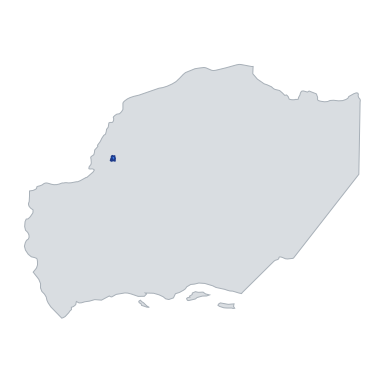 location of Mbeya Urban, Mbeya, United Republic of Tanzania, rotated 91°
{"feature_id": "72390352B25057310038558", "entity_name": "Mbeya Urban", "entity_type": "district", "adm_level": 2, "iso_a3": "TZA", "parent_name": "United Republic of Tanzania", "parent_adm1": "Mbeya", "projection": "equal_earth", "projection_center": [33.492, -8.905], "detail": "fine", "context": "in_parent", "style": "filled", "palette": "blue", "viewbox_px": 384, "rotation_deg": 91, "n_neighbors": 0, "source": "geoboundaries", "source_scale": "gbopen_adm2", "svg_char_len": 5111}
<svg xmlns="http://www.w3.org/2000/svg" viewBox="0 0 384 384"><g transform="rotate(91 192 192)"><path d="M146.9,287.3L143.1,284.6L139.7,283.0L136.9,281.2L135.7,279.5L133.1,278.8L130.8,278.5L128.7,276.9L124.4,276.3L123.9,275.3L123.8,272.9L123.1,272.2L121.5,271.6L119.8,271.6L118.8,272.0L118.2,271.8L116.8,270.4L115.5,268.6L115.0,265.8L113.0,263.9L110.7,262.5L104.4,262.6L103.4,262.2L101.9,260.7L100.1,258.3L98.7,255.6L97.4,251.9L96.1,246.8L88.8,226.8L88.1,223.0L86.7,218.8L84.3,213.7L81.9,209.9L78.5,206.4L74.7,202.9L72.7,200.6L68.7,191.2L67.9,186.7L67.3,182.2L67.6,180.3L70.0,174.4L70.2,172.7L69.9,170.5L68.7,165.8L67.2,160.1L64.1,149.7L63.6,147.1L63.7,145.1L65.5,134.5L65.4,133.1L72.7,133.3L78.0,128.6L82.6,121.7L83.5,118.8L85.4,114.4L87.3,112.2L88.0,110.7L89.0,106.2L91.5,103.2L93.8,100.9L93.3,99.3L93.7,98.7L95.0,97.5L97.5,96.4L98.0,94.1L98.0,91.5L97.6,90.0L97.6,88.3L97.3,87.4L95.6,87.1L93.2,85.8L91.1,85.3L89.7,84.5L89.2,83.9L89.0,82.4L90.1,78.3L89.0,76.7L91.5,69.9L92.0,69.1L92.9,69.0L94.4,68.3L95.7,68.0L96.8,68.2L97.6,68.0L98.4,67.2L99.0,64.9L99.5,61.1L99.2,58.0L98.1,55.6L97.8,52.0L98.3,47.1L98.0,43.0L96.8,39.7L95.6,37.8L93.8,36.9L90.9,31.9L90.0,29.5L90.2,28.0L91.2,27.4L93.0,27.6L94.7,27.0L96.3,25.6L97.9,25.3L98.7,25.5L171.4,25.5L256.2,89.3L256.6,90.0L257.3,95.5L257.1,97.4L255.8,100.6L255.4,102.2L255.4,103.4L255.7,103.8L256.8,104.0L257.8,104.7L258.1,105.3L258.9,107.7L259.8,108.9L291.9,140.2L292.7,140.6L292.2,143.3L290.4,149.6L290.3,152.3L289.5,155.4L288.8,157.4L287.0,166.4L285.4,169.7L283.2,177.6L282.9,183.6L284.0,187.8L284.5,191.7L286.9,195.6L288.9,196.9L290.3,198.7L292.6,202.7L294.0,206.8L298.2,208.7L299.9,213.3L299.3,216.4L297.3,218.9L295.4,223.1L293.9,228.6L293.8,237.0L294.8,235.7L297.1,237.8L297.3,244.0L295.0,251.1L294.2,254.5L294.1,257.4L295.7,266.0L298.3,270.4L298.1,271.7L297.4,272.9L301.7,280.6L301.3,287.4L302.9,292.6L303.6,297.1L304.7,300.6L304.9,303.0L303.5,305.7L306.7,306.3L308.6,308.5L309.4,310.6L311.7,310.5L313.0,311.9L314.8,313.1L318.7,316.6L319.8,318.4L320.4,320.0L309.4,331.1L305.4,333.9L302.6,335.2L299.6,335.9L296.7,337.7L294.0,340.4L290.5,341.8L286.3,341.8L281.9,343.7L274.9,349.4L270.8,346.2L267.7,345.2L264.0,345.3L261.8,345.7L261.0,346.4L260.3,348.3L259.6,351.5L257.2,354.6L253.0,357.5L249.1,358.6L245.6,357.8L243.2,356.6L242.0,354.9L240.1,354.1L237.7,354.3L235.3,355.5L233.1,357.8L229.5,358.7L224.6,358.4L222.0,357.3L221.7,355.4L219.5,353.2L215.6,350.7L212.7,350.6L210.9,353.1L209.2,354.6L207.6,355.2L206.3,355.3L204.3,354.6L198.9,354.4L193.8,354.5L193.2,350.9L192.2,348.8L191.3,347.5L189.5,347.2L189.0,346.2L188.4,344.0L187.6,342.1L186.4,340.5L185.7,339.1L185.5,337.8L185.7,336.3L186.7,332.7L187.1,330.2L187.0,327.6L186.4,325.0L185.2,321.9L185.3,321.0L184.9,318.9L184.9,317.4L185.1,315.6L184.9,313.1L183.8,307.9L183.8,306.6L182.7,304.1L179.3,298.1L179.2,297.3L173.8,291.3L171.7,290.0L170.9,291.1L170.6,292.2L170.8,294.1L170.7,295.1L170.5,295.5L169.2,295.4L168.4,295.2L166.4,293.6L164.8,293.2L160.9,293.5L159.5,293.9L158.4,293.5L156.4,290.8L153.9,290.2L151.7,290.0L148.1,286.9L146.9,287.3ZM298.9,186.8L300.6,193.4L300.4,194.7L299.1,195.4L298.5,195.5L297.7,194.5L297.2,192.2L296.2,192.7L294.6,190.1L293.0,189.9L291.6,186.8L292.2,184.0L291.9,179.2L293.6,176.8L294.6,172.7L295.7,175.5L295.9,179.9L297.4,185.0L298.9,186.8ZM307.5,147.3L307.7,148.9L307.3,150.4L307.4,155.1L307.2,158.2L305.9,162.5L304.8,164.1L303.8,163.6L303.1,162.9L302.4,161.7L303.7,153.8L303.1,148.0L305.6,148.5L307.5,147.3ZM303.6,242.9L302.3,243.3L301.8,242.9L301.1,241.6L302.4,240.5L303.7,238.4L306.7,235.2L308.1,232.7L307.9,235.2L306.2,240.5L304.7,240.9L303.6,242.9Z" fill="#d9dde1" stroke="#a8b0b8" stroke-width="1"/><path d="M161.5,269.5L161.6,269.8L161.5,270.0L161.4,270.1L161.1,270.5L161.0,270.4L160.9,270.3L160.9,270.2L160.7,270.1L160.4,270.0L160.3,269.9L160.2,269.8L160.2,269.7L159.8,269.5L159.8,269.4L159.7,269.4L159.4,269.4L159.3,269.5L159.2,269.6L158.9,269.7L158.7,269.8L158.5,270.0L158.4,270.0L158.2,270.1L157.9,270.0L157.7,270.0L157.6,269.9L157.4,269.9L157.3,270.0L157.3,270.3L157.4,270.6L157.5,270.7L157.5,270.9L157.6,271.1L157.5,271.3L157.4,271.4L157.4,271.6L157.4,271.8L157.3,271.7L157.2,271.8L157.1,272.0L157.1,272.3L157.2,272.5L157.3,272.5L157.5,272.8L157.7,273.0L157.8,273.1L158.0,273.1L158.3,273.0L158.5,272.9L158.8,272.8L158.8,272.7L159.0,272.7L159.1,272.8L159.3,272.8L159.5,272.8L159.5,272.7L159.8,272.6L159.8,272.8L160.0,273.0L160.2,273.3L160.1,273.5L160.3,273.5L160.5,273.6L160.8,273.7L160.9,273.4L160.9,273.2L160.9,272.7L160.8,272.4L161.1,272.5L161.2,272.4L161.3,272.3L161.5,272.5L161.5,272.8L161.4,272.8L161.5,272.9L161.5,273.0L161.5,273.4L161.5,273.6L161.6,273.9L161.7,274.0L161.8,274.0L162.0,274.0L162.1,273.9L162.1,273.7L162.0,273.4L162.0,273.2L161.9,273.0L161.9,272.9L161.8,272.7L161.7,272.5L161.8,272.5L161.7,272.4L161.8,272.4L162.0,272.4L162.0,272.5L162.2,272.4L162.1,272.2L162.1,271.9L162.0,271.7L161.9,271.6L161.8,271.4L161.8,271.2L161.7,271.2L161.9,271.2L161.8,270.9L161.9,270.7L162.0,270.6L162.0,270.4L162.0,270.2L162.1,269.9L162.2,269.7L162.3,269.6L162.2,269.5L161.9,269.5L161.7,269.5L161.5,269.5Z" fill="#3b82f6" stroke="#1e3a8a" stroke-width="1.5"/></g></svg>